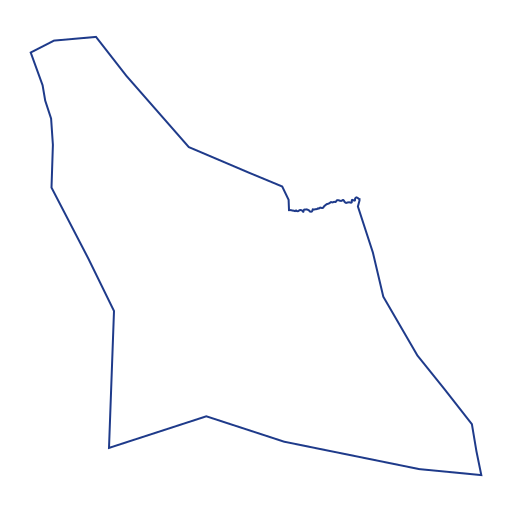 outline of Xo'lonbuir, Dornod, Mongolia
{"feature_id": "93677404B94676742837543", "entity_name": "Xo'lonbuir", "entity_type": "district", "adm_level": 2, "iso_a3": "MNG", "parent_name": "Mongolia", "parent_adm1": "Dornod", "projection": "orthographic", "projection_center": [113.25, 47.929], "detail": "fine", "context": "isolated", "style": "outline", "palette": "blue", "viewbox_px": 512, "rotation_deg": 0, "n_neighbors": 0, "source": "geoboundaries", "source_scale": "gbopen_adm2", "svg_char_len": 2681}
<svg xmlns="http://www.w3.org/2000/svg" viewBox="0 0 512 512"><path d="M114.0,311.0L109.0,447.9L206.3,416.3L284.1,441.7L419.1,469.1L481.3,475.1L476.4,451.1L471.9,424.2L444.5,389.2L417.4,355.5L383.3,296.7L372.9,252.6L357.9,206.5L359.5,200.5L359.5,199.2L359.2,199.2L358.9,198.9L358.4,198.5L357.6,197.9L357.2,197.7L356.7,197.5L356.4,197.4L356.0,197.6L355.6,197.9L355.3,198.3L355.1,198.7L355.0,199.2L355.0,199.7L355.0,200.2L354.8,200.5L354.4,200.6L353.6,200.4L353.2,200.2L352.8,200.0L352.4,199.9L352.2,199.9L351.9,200.1L351.8,200.5L351.8,200.9L351.8,201.4L351.8,202.0L351.7,202.3L351.5,202.5L351.0,202.7L350.6,202.6L350.1,202.5L349.7,202.3L349.3,202.3L348.9,202.3L348.4,202.3L347.9,202.4L347.5,202.5L347.1,202.6L346.8,202.8L346.2,202.9L345.5,202.7L345.1,202.3L344.6,201.9L344.4,201.5L344.2,201.2L344.0,200.8L343.7,200.5L343.5,200.2L343.2,200.0L342.9,200.0L342.6,200.1L342.3,200.3L341.9,200.7L341.3,200.9L340.8,200.9L340.0,200.8L339.5,200.6L338.9,200.3L337.7,200.2L337.4,200.2L337.1,200.3L336.8,200.4L336.6,200.7L336.4,201.0L336.1,201.4L335.8,201.8L335.5,202.0L335.1,202.0L334.8,201.9L334.3,201.9L333.9,201.9L333.6,202.0L333.2,202.2L332.5,202.4L332.0,202.3L331.4,202.1L330.9,202.1L330.5,202.4L329.9,202.8L329.6,203.1L329.0,203.4L328.5,203.6L328.0,203.8L327.4,204.0L327.0,204.0L326.8,204.2L326.4,204.4L325.7,204.9L325.4,205.2L325.1,205.5L324.7,205.7L324.4,206.0L324.1,206.3L323.7,206.8L323.5,207.3L323.0,207.8L322.4,208.0L321.8,208.0L321.4,207.9L321.0,207.8L320.7,207.7L320.4,207.6L320.0,207.7L319.5,208.2L318.7,208.6L318.3,208.4L318.1,208.3L317.9,208.4L317.7,208.6L317.3,208.8L317.1,209.0L316.6,209.1L316.1,209.2L315.5,209.2L315.1,209.3L314.7,209.4L314.2,209.5L313.9,209.6L313.6,209.6L313.4,209.5L313.2,209.4L312.8,209.3L312.7,209.4L312.7,209.9L312.4,210.5L312.2,211.0L311.8,211.5L311.3,211.7L310.7,211.7L310.1,211.6L309.7,211.3L309.5,211.0L309.2,210.7L309.0,210.4L308.7,210.2L308.4,210.1L308.1,209.9L307.8,209.8L307.5,209.7L306.8,209.4L306.4,209.4L306.1,209.5L305.6,209.5L305.1,209.5L304.7,209.5L304.4,209.6L304.1,209.7L303.7,210.3L303.5,210.9L303.5,211.4L303.4,211.7L303.2,211.8L302.9,211.5L302.7,211.1L302.5,210.9L302.2,210.7L301.9,210.5L301.6,210.3L301.2,210.2L300.7,210.1L300.2,210.0L299.9,210.1L299.6,210.2L299.3,210.3L299.0,210.6L298.6,210.9L298.2,211.1L297.9,211.2L297.6,211.2L296.6,211.0L296.5,210.9L296.3,210.7L296.2,210.5L295.9,210.5L295.7,210.6L295.4,210.9L295.1,211.1L294.5,211.0L294.3,210.9L293.9,210.7L293.6,210.6L293.2,210.7L290.6,210.1L289.0,210.1L288.6,199.8L282.2,186.5L249.2,172.8L188.8,147.1L126.4,75.9L96.0,36.9L54.0,40.6L30.7,52.5L42.6,85.3L45.2,100.6L51.1,118.6L52.9,144.9L51.5,187.6L88.3,258.5L114.0,311.0Z" fill="none" stroke="#1e3a8a" stroke-width="2"/></svg>